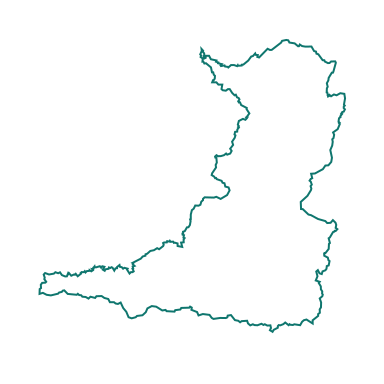 Ban Rai, Uthai Thani, Thailand, rotated 266°
{"feature_id": "78962969B36547770218976", "entity_name": "Ban Rai", "entity_type": "district", "adm_level": 2, "iso_a3": "THA", "parent_name": "Thailand", "parent_adm1": "Uthai Thani", "projection": "orthographic", "projection_center": [99.463, 15.37], "detail": "fine", "context": "isolated", "style": "outline", "palette": "teal", "viewbox_px": 384, "rotation_deg": 266, "n_neighbors": 0, "source": "geoboundaries", "source_scale": "gbopen_adm2", "svg_char_len": 5972}
<svg xmlns="http://www.w3.org/2000/svg" viewBox="0 0 384 384"><g transform="rotate(266 192 192)"><path d="M121.4,39.8L120.0,38.3L116.9,39.1L115.4,38.6L112.6,40.3L111.8,39.4L111.8,36.2L110.0,34.7L106.7,34.7L105.8,33.3L101.0,32.8L101.8,36.2L99.6,39.8L98.7,44.0L99.9,51.3L101.0,52.4L101.4,55.1L102.6,56.2L102.8,57.7L99.0,60.9L97.5,69.9L98.4,71.0L97.1,72.2L96.7,74.3L95.2,75.3L94.7,78.6L92.9,81.3L94.6,83.4L93.1,88.0L94.7,89.4L94.5,94.6L92.4,97.2L91.1,101.0L87.8,102.4L87.5,106.5L86.1,108.0L85.5,110.3L86.7,113.1L81.0,115.3L77.1,118.1L71.5,120.0L70.2,123.0L71.0,127.1L72.2,128.5L72.5,134.0L75.3,137.5L79.0,139.4L81.0,143.9L80.1,148.3L75.9,154.1L76.2,157.4L74.9,158.3L73.9,166.2L75.3,167.0L75.6,172.2L77.1,173.2L76.8,181.2L77.8,182.1L76.7,183.7L74.5,183.2L71.9,188.7L68.4,189.9L69.5,194.3L68.2,200.9L65.0,202.9L63.9,204.6L64.4,211.3L63.9,217.0L64.5,218.5L66.2,219.0L66.5,222.3L61.2,225.9L60.3,229.2L58.7,230.9L59.7,232.5L59.7,238.0L57.0,238.7L54.9,240.8L55.8,243.5L54.9,245.0L54.5,248.0L55.7,252.1L54.4,254.0L55.0,255.4L53.5,257.8L53.5,260.9L50.8,261.3L48.7,260.1L46.9,262.6L48.8,263.9L50.6,268.1L52.3,268.3L53.2,269.3L52.8,270.7L53.8,273.9L55.3,275.9L52.4,279.1L53.3,280.1L52.7,280.8L52.3,283.4L52.9,284.8L51.6,290.6L54.9,292.8L56.3,294.7L56.8,297.3L52.4,303.2L55.6,303.4L59.6,309.2L61.4,309.3L62.6,311.1L66.0,311.2L67.9,312.6L72.8,313.1L76.9,312.0L78.9,314.7L80.5,315.3L81.6,314.7L83.8,315.0L85.9,313.8L88.9,313.9L92.4,312.1L93.5,313.1L95.1,309.3L99.2,311.3L104.0,310.4L105.3,312.1L102.0,313.5L101.1,315.7L103.7,316.7L104.6,319.6L106.0,320.8L108.7,321.3L109.2,323.2L113.5,324.4L114.4,323.4L117.1,322.9L119.2,319.5L121.3,319.5L121.9,319.9L121.7,320.8L125.7,324.4L130.7,325.0L131.5,326.0L136.3,325.1L137.0,326.3L142.2,329.9L142.5,331.2L143.3,331.6L143.1,332.6L144.8,334.4L146.2,332.8L149.1,333.6L151.4,333.0L154.1,330.6L151.6,328.1L151.6,324.7L153.7,323.0L156.3,315.8L160.6,309.1L161.4,306.6L167.2,301.3L167.4,299.6L174.5,299.8L180.1,306.9L185.6,310.8L187.1,311.3L189.6,310.7L191.0,312.0L194.0,311.2L195.1,310.1L196.7,311.3L197.4,312.9L201.9,312.1L201.9,315.9L205.7,324.2L209.1,326.9L209.1,329.9L212.3,333.0L216.4,334.0L224.2,332.9L228.5,335.1L232.3,335.9L234.8,335.6L235.9,336.9L239.2,337.8L241.6,336.9L244.5,341.7L249.3,344.1L250.5,343.4L250.8,344.1L252.1,343.1L255.3,343.8L256.4,345.4L257.2,345.2L259.3,347.1L259.7,346.3L261.3,347.5L261.6,349.0L263.8,350.3L265.2,349.2L266.8,349.4L267.5,350.4L268.6,349.7L274.7,351.2L279.3,350.8L280.2,346.8L278.4,343.0L279.4,340.4L277.8,337.4L279.5,335.7L279.0,334.5L278.2,335.4L277.8,334.4L281.8,333.9L282.0,333.3L286.1,333.8L287.5,334.7L291.1,334.1L293.8,335.8L296.3,336.3L301.3,339.8L301.2,340.9L302.1,341.4L310.9,344.5L312.3,344.0L312.5,339.9L311.1,338.2L311.1,336.6L312.9,333.6L314.2,333.2L314.4,331.5L320.6,327.6L321.3,325.8L323.4,325.5L324.1,323.6L328.8,321.3L329.1,315.3L329.9,312.0L331.6,309.8L330.0,308.9L330.0,308.0L333.1,304.8L334.3,299.6L336.6,298.6L337.1,296.7L336.5,292.4L334.8,291.3L328.2,281.4L328.3,279.6L329.6,277.4L321.5,268.3L322.2,266.6L324.0,267.2L324.4,265.1L325.8,264.7L323.4,262.3L323.0,260.5L319.2,257.3L315.5,252.1L315.5,250.6L314.7,250.4L314.7,246.7L315.3,246.5L314.4,245.8L315.7,242.8L315.9,239.8L313.7,236.9L314.3,236.5L314.9,233.7L316.0,233.3L315.6,229.7L316.3,229.3L317.5,230.6L318.6,227.0L319.4,227.3L320.3,225.0L321.5,225.6L323.1,220.1L326.7,218.5L326.9,215.1L324.9,215.0L324.4,213.7L326.8,213.0L327.4,213.8L329.5,213.8L331.0,212.6L332.1,213.0L334.0,211.5L332.1,211.6L328.7,209.8L327.7,210.6L326.0,210.0L324.5,212.0L321.3,211.5L321.3,212.4L319.3,213.3L319.5,214.9L315.0,219.6L310.0,220.3L309.9,221.5L307.5,221.9L306.3,223.0L303.5,222.6L302.1,221.5L302.1,220.8L300.0,219.8L299.7,224.0L297.3,225.8L297.0,229.7L292.6,228.6L291.4,229.7L290.7,232.8L292.1,235.0L292.0,236.8L288.0,239.0L285.5,241.2L286.0,242.5L283.3,243.5L282.5,245.1L281.1,245.8L279.2,244.4L278.2,245.0L278.6,245.5L278.0,246.2L275.3,247.1L272.0,252.5L270.9,252.2L266.4,254.7L263.6,252.3L263.1,252.6L262.6,251.2L261.7,251.8L260.3,250.3L261.4,247.9L259.6,243.7L255.9,242.4L254.5,243.3L253.6,242.5L253.0,243.2L251.2,241.6L249.1,241.3L249.0,239.2L246.4,238.4L245.5,239.3L243.1,238.4L239.4,235.5L236.1,236.3L232.5,233.1L230.2,234.4L227.7,232.8L226.8,229.7L228.0,228.7L226.5,226.5L225.8,223.3L225.9,220.5L227.0,219.0L225.8,217.5L224.7,217.7L224.5,218.7L219.6,218.8L217.3,217.5L214.8,217.7L209.3,213.4L207.5,212.8L205.8,215.2L204.2,216.0L204.3,217.0L203.1,217.6L201.1,222.3L199.1,223.1L198.5,225.0L195.1,225.6L194.0,228.8L191.0,229.6L186.5,226.8L183.1,220.1L185.5,215.9L184.9,213.5L185.8,204.2L184.4,202.5L183.1,202.4L181.7,200.6L178.7,199.5L177.9,197.6L178.3,194.3L175.2,192.5L173.9,190.6L169.5,189.2L165.0,188.9L164.8,188.2L163.2,188.6L159.2,187.6L157.1,186.0L157.1,184.5L153.5,182.1L153.0,180.3L151.6,180.3L151.3,179.6L150.1,179.6L149.5,181.0L147.1,180.3L146.5,181.4L145.1,180.3L142.4,180.2L142.3,177.6L137.9,178.4L139.1,173.9L141.7,174.0L142.7,171.2L142.5,170.4L143.8,169.7L143.8,167.1L144.8,166.5L144.1,166.0L144.7,163.8L143.5,163.4L143.6,160.6L143.1,159.6L141.4,160.1L140.1,159.5L137.2,155.2L138.4,153.3L136.6,150.0L136.1,146.3L133.5,142.9L133.1,141.3L131.7,141.1L131.1,138.3L129.1,136.3L125.4,127.7L124.9,128.4L124.0,127.9L122.3,129.5L121.8,127.6L119.8,128.0L119.6,127.3L116.9,128.3L116.2,127.1L116.3,125.5L115.0,124.0L119.1,121.8L120.0,122.4L121.1,119.2L120.3,117.9L121.9,116.7L122.4,114.9L124.2,114.6L122.4,112.0L121.2,111.9L121.2,110.4L119.0,109.0L122.1,107.4L122.6,106.4L121.9,105.3L122.5,103.8L121.2,103.4L120.9,100.2L119.5,99.4L120.8,97.6L123.5,99.4L124.2,97.3L122.8,96.1L124.4,94.9L123.5,90.9L123.9,89.7L124.6,89.6L123.3,88.4L122.8,89.6L123.1,88.3L121.7,88.1L122.0,87.0L120.8,87.6L119.9,86.0L121.2,84.4L120.5,84.3L120.4,81.5L119.2,80.2L120.5,79.5L119.6,78.6L119.8,76.3L119.0,75.3L118.3,75.6L115.9,72.1L118.5,70.3L117.6,69.4L118.0,68.7L116.9,65.7L119.6,63.7L119.0,63.2L119.7,62.8L116.6,61.3L116.6,59.6L118.2,56.4L121.1,54.7L120.3,52.8L121.5,50.1L120.2,48.5L119.7,43.6L121.4,39.8Z" fill="none" stroke="#0f766e" stroke-width="2"/></g></svg>